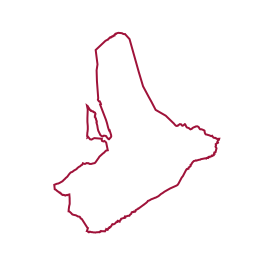 Santiago Yosondúa, Oaxaca, Mexico, rotated 256°
{"feature_id": "50627088B9654355924855", "entity_name": "Santiago Yosondúa", "entity_type": "district", "adm_level": 2, "iso_a3": "MEX", "parent_name": "Mexico", "parent_adm1": "Oaxaca", "projection": "orthographic", "projection_center": [-97.535, 16.847], "detail": "fine", "context": "isolated", "style": "outline", "palette": "rose", "viewbox_px": 256, "rotation_deg": 256, "n_neighbors": 0, "source": "geoboundaries", "source_scale": "gbopen_adm2", "svg_char_len": 5588}
<svg xmlns="http://www.w3.org/2000/svg" viewBox="0 0 256 256"><g transform="rotate(256 128 128)"><path d="M197.1,113.8L191.6,111.5L181.0,109.2L164.1,106.3L162.7,105.6L160.9,106.2L160.7,107.0L158.9,107.4L157.7,107.5L157.6,106.6L141.2,108.6L137.7,108.8L133.2,108.8L130.6,109.0L130.3,109.3L130.0,109.3L130.1,109.6L125.2,109.9L124.0,109.7L123.7,109.6L123.0,108.9L122.3,107.7L121.7,107.0L121.8,106.5L122.2,106.2L123.1,105.8L124.5,105.0L125.3,104.9L125.7,104.4L126.1,103.6L126.4,102.4L126.1,102.0L126.0,101.7L126.0,101.4L126.2,101.0L126.9,100.2L127.8,99.5L132.6,98.5L134.6,98.5L138.0,98.8L140.2,98.7L140.5,98.9L141.0,98.8L141.1,99.0L141.6,99.2L141.8,99.1L142.1,99.3L142.5,99.3L142.8,99.1L143.2,99.2L143.9,99.0L144.5,99.0L145.0,99.2L145.5,98.9L145.9,98.8L146.1,98.8L146.4,98.9L146.5,98.8L146.7,98.5L147.1,98.6L147.7,98.7L148.0,99.0L148.3,99.1L148.7,99.2L148.8,99.5L149.7,99.9L150.4,99.7L150.8,99.7L151.0,99.5L151.2,99.4L151.6,99.0L151.7,98.4L152.5,98.2L152.8,97.6L152.9,97.2L153.1,97.0L153.5,96.8L153.8,96.4L153.8,96.1L154.3,96.1L154.5,95.7L154.7,95.4L156.3,95.1L157.6,94.5L158.2,94.4L158.8,94.3L159.7,93.6L155.7,93.4L147.4,91.0L143.8,90.1L139.5,89.4L136.6,88.7L134.1,87.8L133.5,87.5L130.1,86.4L129.8,86.8L129.1,86.7L128.5,86.4L128.7,87.3L126.2,88.5L125.6,89.9L126.2,92.0L126.3,93.0L123.9,100.0L123.1,99.7L122.5,99.6L121.7,99.7L120.9,100.9L121.1,102.0L119.9,102.9L119.0,103.3L111.3,103.0L111.4,101.4L110.8,100.2L109.9,98.9L109.3,97.4L107.1,93.3L106.2,92.4L105.7,91.8L102.5,88.1L102.2,87.4L102.0,87.2L102.1,84.8L102.0,84.2L102.1,83.3L102.5,81.9L103.4,81.2L103.4,80.6L103.9,79.8L104.0,79.2L103.6,78.2L103.6,77.5L103.8,76.9L104.7,75.7L103.4,74.7L103.3,73.8L102.5,72.4L102.1,70.8L101.3,69.1L100.8,68.5L100.3,67.3L99.9,65.6L98.9,63.3L98.7,61.6L97.5,59.8L95.4,57.3L94.5,55.4L93.8,54.4L93.2,53.2L92.2,51.6L91.4,48.8L91.0,47.1L91.1,45.3L90.7,42.7L86.3,42.1L85.5,43.1L84.5,43.7L84.1,44.1L83.7,44.3L82.6,45.4L82.4,45.5L82.1,45.8L82.0,46.0L81.8,45.9L81.7,46.0L81.6,46.3L81.4,46.3L81.0,46.6L80.8,47.1L79.6,47.5L79.3,48.1L78.8,48.4L78.7,48.6L78.8,49.1L78.7,49.3L78.3,49.8L78.3,50.2L78.0,50.6L77.7,50.7L77.6,50.9L77.6,51.1L77.8,51.5L77.8,52.4L77.5,52.8L77.7,53.5L77.7,54.0L77.5,54.4L77.5,54.7L77.7,54.8L77.7,55.0L74.1,54.4L69.0,53.2L68.3,53.0L66.4,52.0L63.1,50.7L61.5,50.2L61.2,50.9L59.3,52.2L57.6,53.1L56.7,54.6L55.9,56.3L54.9,57.4L54.4,57.8L53.6,59.6L52.7,60.1L51.8,60.1L50.8,61.2L41.2,64.4L40.6,64.9L38.0,63.2L37.9,63.5L36.6,64.4L36.3,64.7L36.3,65.0L36.7,65.2L36.6,66.0L35.8,67.3L35.7,67.9L35.1,69.1L34.7,70.5L34.5,70.9L34.4,71.3L34.5,71.8L34.0,74.5L34.1,75.4L34.3,75.9L34.0,75.9L34.4,76.8L34.2,76.9L34.3,77.5L33.8,78.9L33.8,79.2L33.7,79.3L33.3,80.7L34.5,81.8L34.6,82.2L34.5,82.5L35.1,82.6L34.7,83.2L34.2,83.7L34.5,84.0L35.1,84.2L35.6,85.0L35.4,85.7L35.6,86.0L36.3,86.2L36.2,87.1L36.4,87.4L36.7,87.6L36.9,88.0L37.6,88.7L38.2,89.2L38.5,89.6L38.0,90.7L38.3,91.9L38.6,92.6L39.5,93.8L39.5,94.3L39.4,95.0L39.6,95.3L40.4,95.4L40.5,95.7L39.5,96.6L39.1,97.2L40.2,97.9L40.7,98.8L41.6,99.4L41.7,102.2L41.5,103.1L41.6,103.4L42.3,103.1L43.0,103.7L42.6,104.5L42.8,106.7L42.5,108.1L43.4,109.0L44.0,110.4L45.3,111.2L45.4,112.1L45.1,113.0L45.5,113.4L45.0,114.4L45.2,114.8L45.5,115.2L46.2,115.3L46.4,115.6L46.7,116.5L47.2,118.6L47.5,118.7L47.5,119.2L50.5,126.5L50.8,127.2L51.7,128.9L52.4,129.6L52.5,130.1L52.5,130.7L52.7,131.7L53.2,133.2L53.5,135.8L53.8,137.4L53.7,137.8L54.5,141.1L56.0,144.1L56.5,145.8L57.4,148.0L59.2,154.5L60.3,160.7L60.7,162.2L61.8,163.5L67.0,168.2L67.9,169.5L73.3,174.3L73.7,174.8L73.7,175.1L73.9,175.1L74.0,175.3L73.9,176.0L73.8,176.3L73.9,176.7L73.9,176.9L75.0,177.3L75.2,177.9L75.3,178.2L75.3,178.4L76.1,179.7L77.0,179.7L77.4,180.7L77.9,181.0L78.9,182.1L80.0,183.8L80.0,185.4L80.2,186.1L79.8,186.5L80.0,189.2L79.8,190.3L80.1,191.1L79.9,195.8L79.4,196.4L79.9,197.1L79.5,198.4L80.4,198.9L80.5,199.7L80.4,199.8L80.2,199.8L80.0,200.1L80.4,200.4L80.3,201.2L80.4,201.7L80.3,202.0L80.4,202.7L81.0,202.8L81.0,203.0L80.9,203.2L80.7,204.1L80.8,204.6L81.6,204.8L82.2,205.2L82.1,205.7L83.1,205.7L83.4,205.9L83.4,207.1L85.3,208.1L86.4,208.7L87.0,209.0L88.6,208.4L89.0,208.5L89.5,209.1L91.1,209.2L91.6,210.5L92.4,211.1L91.9,211.6L92.0,211.8L93.2,211.5L94.6,212.8L94.6,213.4L95.5,213.9L95.7,212.7L95.8,212.3L96.0,211.5L96.4,211.2L96.6,210.9L97.1,210.7L97.3,210.4L97.3,209.9L97.7,209.3L97.8,208.8L98.0,208.6L100.1,207.7L99.9,207.1L100.0,206.7L101.3,205.0L101.9,203.9L102.5,203.0L102.9,202.0L103.6,201.6L104.6,201.4L106.4,201.5L106.9,201.6L107.2,201.4L108.3,200.0L108.9,199.1L109.1,198.7L109.1,198.3L109.4,197.6L110.4,197.1L111.2,197.0L111.9,196.7L112.8,195.8L113.0,195.0L113.1,193.8L112.9,193.5L112.9,193.2L112.8,192.9L112.8,192.2L112.4,190.6L111.7,189.6L111.6,188.2L113.2,187.0L114.3,185.3L114.6,185.1L115.5,184.8L117.1,184.5L117.8,184.3L118.0,184.1L117.1,182.2L117.0,181.5L117.1,181.2L117.4,181.0L118.4,180.5L118.6,180.5L119.2,179.3L119.2,179.1L118.7,178.0L118.5,177.2L118.3,177.1L118.1,176.8L118.2,176.4L118.2,175.9L118.4,175.3L118.6,175.1L119.3,174.6L120.1,174.1L121.3,173.6L121.7,173.3L130.8,167.6L138.9,159.2L147.7,157.1L152.9,155.7L164.8,152.7L179.8,152.0L213.9,151.0L219.9,147.8L220.0,147.0L220.6,145.9L221.3,145.3L221.7,144.4L222.7,141.6L222.5,138.6L222.0,138.0L221.9,138.1L221.8,137.7L221.4,137.5L221.5,137.4L221.3,137.2L221.2,137.0L221.3,136.8L221.2,136.5L220.8,136.4L220.6,136.1L220.7,135.7L220.8,135.2L220.5,134.9L220.4,134.6L220.5,134.4L220.2,134.2L220.0,133.7L220.3,133.2L220.0,132.9L219.9,132.5L220.1,132.2L219.7,131.8L219.6,131.3L219.4,131.2L219.2,130.6L218.8,130.0L218.6,129.9L218.6,129.4L218.3,128.3L218.1,127.3L211.5,115.5L197.1,113.8Z" fill="none" stroke="#9f1239" stroke-width="2"/></g></svg>